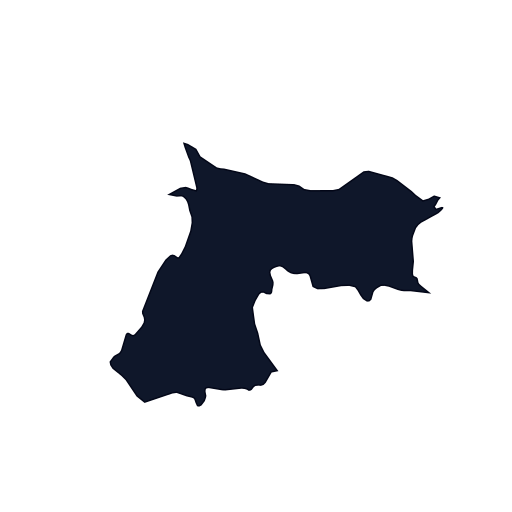 an SVG outline of Koprivničko-Križevačka, rotated 323°
{"feature_id": "HRV-1608", "entity_name": "Koprivničko-Križevačka", "entity_type": "County", "adm_level": 1, "iso_a3": "HRV", "parent_name": "Croatia", "parent_adm1": "", "projection": "albers", "projection_center": [16.81, 46.118], "detail": "fine", "context": "isolated", "style": "filled", "palette": "ink", "viewbox_px": 512, "rotation_deg": 323, "n_neighbors": 0, "source": "natural_earth", "source_scale": "10m", "svg_char_len": 2655}
<svg xmlns="http://www.w3.org/2000/svg" viewBox="0 0 512 512"><g transform="rotate(323 256 256)"><path d="M273.7,151.2L277.4,162.0L280.0,165.1L282.7,167.5L296.6,183.9L305.8,201.1L309.4,205.9L329.3,222.1L332.4,226.1L334.3,231.9L338.6,236.6L356.7,250.2L362.3,252.9L392.7,253.8L396.9,256.3L411.9,275.8L414.0,280.8L418.8,298.1L419.7,303.5L422.4,312.5L428.2,314.7L434.3,315.5L437.7,320.1L434.9,320.7L430.3,322.9L427.8,323.6L427.8,327.2L433.3,329.1L434.0,329.7L433.6,330.1L431.1,330.6L427.4,330.9L407.8,328.1L404.2,328.3L400.3,329.4L393.2,333.9L391.3,335.5L389.2,337.8L378.3,355.0L372.3,361.5L369.9,364.6L369.1,366.9L370.8,369.8L370.9,371.1L369.1,374.8L368.9,376.6L369.4,379.3L371.9,389.2L358.8,376.7L353.6,372.8L351.5,370.8L349.3,368.0L344.2,360.1L341.1,356.6L338.1,354.5L333.1,353.9L330.2,354.1L327.8,354.9L321.6,359.6L319.4,359.8L317.7,358.7L316.2,354.6L316.3,350.2L317.0,344.9L317.0,340.4L313.0,335.5L306.3,330.8L291.0,323.0L285.6,319.1L283.3,314.7L287.4,304.2L287.5,301.8L286.4,299.7L284.5,298.2L278.2,294.7L275.8,292.7L274.0,290.5L272.9,288.1L272.4,286.7L272.0,284.4L271.1,280.9L270.1,279.1L268.8,277.7L266.2,276.6L263.5,275.8L261.0,275.5L258.9,275.8L257.1,277.2L255.6,280.3L254.2,285.9L253.5,287.4L252.0,289.2L248.4,292.2L247.4,293.4L246.1,294.5L244.5,294.6L241.8,292.2L240.5,289.4L238.2,287.8L235.3,288.0L228.5,290.9L222.1,294.8L218.3,301.5L213.9,309.4L210.8,318.7L205.7,329.7L204.2,337.8L203.9,360.3L198.4,357.7L187.3,362.4L184.5,362.8L182.1,362.0L180.5,360.5L177.5,358.7L175.2,358.7L172.0,359.6L170.6,359.4L169.6,358.8L169.0,357.1L167.6,355.1L165.2,352.8L150.9,344.3L148.7,342.5L139.2,332.5L137.1,331.3L135.6,331.4L134.6,332.2L133.5,333.5L132.8,334.9L131.6,337.4L130.2,338.6L127.5,340.4L122.5,341.8L120.3,341.4L119.3,340.3L120.0,337.1L120.9,334.4L121.2,333.1L121.1,331.9L120.5,330.7L119.7,329.6L116.7,326.0L110.7,317.0L106.7,314.8L79.2,305.7L76.8,296.2L77.9,276.6L77.0,270.4L74.3,259.6L74.6,255.6L75.9,252.9L81.6,251.2L83.0,251.1L88.3,251.8L90.0,251.4L91.9,250.6L105.0,240.9L106.4,240.5L107.2,240.8L107.8,241.7L108.7,244.1L109.4,245.3L110.4,246.0L112.1,246.2L122.0,244.1L126.5,242.2L128.7,240.2L130.0,237.7L131.0,233.8L132.2,232.0L168.1,209.9L181.6,205.1L187.8,204.5L189.7,205.2L190.9,206.7L192.1,210.3L193.4,211.2L198.1,209.6L205.2,206.1L218.9,197.0L225.1,191.2L228.5,186.3L230.6,179.8L233.2,174.5L234.2,171.5L234.6,168.6L234.3,166.4L233.9,164.6L233.2,163.4L232.3,162.6L228.8,160.3L223.8,154.7L236.3,156.5L241.0,159.0L242.4,160.8L244.4,164.1L247.4,168.0L248.6,167.5L249.8,166.2L260.9,140.7L261.3,139.3L261.8,136.7L264.9,126.6L266.3,122.8L268.5,125.9L272.1,134.6L270.9,143.1L273.7,151.2Z" fill="#0f172a" stroke="#020617" stroke-width="1.5"/></g></svg>